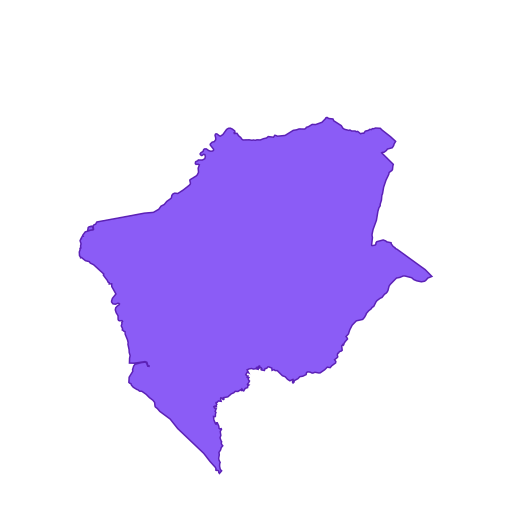 Balao, Guayas, Ecuador, rotated 315°
{"feature_id": "8360857B63754497407840", "entity_name": "Balao", "entity_type": "district", "adm_level": 2, "iso_a3": "ECU", "parent_name": "Ecuador", "parent_adm1": "Guayas", "projection": "mercator", "projection_center": [-79.769, -2.889], "detail": "fine", "context": "isolated", "style": "filled", "palette": "violet", "viewbox_px": 512, "rotation_deg": 315, "n_neighbors": 0, "source": "geoboundaries", "source_scale": "gbopen_adm2", "svg_char_len": 6105}
<svg xmlns="http://www.w3.org/2000/svg" viewBox="0 0 512 512"><g transform="rotate(315 256 256)"><path d="M162.1,119.5L160.0,122.3L159.1,122.3L157.2,120.8L152.3,118.2L148.2,118.8L147.8,119.0L147.7,119.7L147.1,119.3L145.5,119.6L144.8,120.3L144.3,120.0L142.4,120.8L140.9,123.7L139.1,124.8L137.8,126.5L137.0,126.1L136.0,127.2L133.9,128.2L131.4,131.0L131.2,132.5L130.7,133.2L131.5,133.6L132.1,138.7L134.1,142.1L133.8,143.8L135.0,147.3L135.6,161.1L134.5,161.6L133.6,168.1L132.9,170.0L133.3,171.2L132.4,172.0L134.3,173.6L132.4,175.6L130.1,183.8L124.5,184.4L122.0,185.7L121.3,186.5L121.0,188.7L122.5,190.7L124.9,191.7L125.6,192.7L125.6,193.4L124.8,193.7L122.4,193.3L120.2,193.4L118.4,194.6L117.0,197.3L116.2,200.7L113.7,203.3L113.3,204.3L113.6,205.2L115.5,206.9L115.4,207.9L114.1,208.1L113.2,209.2L111.3,210.1L110.4,212.8L109.1,213.8L109.5,214.6L109.3,215.4L109.9,216.9L108.2,218.8L105.8,224.5L104.3,226.9L103.0,227.9L100.0,232.5L98.1,234.6L96.6,237.4L94.3,238.9L90.8,242.2L94.0,245.6L102.9,252.2L103.7,254.0L102.0,257.2L102.7,258.0L102.3,258.4L101.5,257.4L102.9,254.2L102.7,252.8L99.6,250.4L93.9,247.0L91.7,247.3L88.3,249.1L87.4,250.4L80.6,252.0L76.7,255.5L76.8,256.8L77.3,257.8L76.6,259.3L76.4,262.0L77.4,266.2L77.9,267.1L78.1,269.2L79.6,270.9L80.5,276.0L80.5,280.8L81.1,285.1L80.8,287.8L78.4,290.8L78.1,291.6L78.4,294.1L78.1,297.9L80.0,310.6L78.6,322.7L79.5,358.6L78.2,368.7L77.8,376.7L77.3,378.1L76.2,379.0L76.5,379.8L77.4,380.6L77.6,381.7L76.6,382.7L76.4,383.9L79.8,383.6L79.8,382.0L80.2,381.0L81.7,378.8L83.6,377.1L84.6,376.7L85.7,373.8L86.6,372.6L89.5,370.6L90.9,368.7L93.8,368.1L96.0,366.9L98.3,366.7L98.5,364.9L99.1,363.8L100.4,363.0L100.6,362.0L102.0,359.1L104.3,358.0L106.6,354.8L109.1,354.1L109.3,353.4L108.2,352.8L108.1,351.6L109.4,350.0L110.7,346.5L110.1,346.0L108.9,346.7L108.7,346.1L110.3,342.1L112.5,339.4L113.3,340.6L114.0,340.6L115.6,339.0L117.1,338.3L117.2,337.0L119.7,335.9L119.3,335.6L119.2,333.9L119.7,332.7L120.8,333.1L120.9,334.4L121.4,334.7L122.2,333.5L123.4,333.2L123.7,331.7L124.2,331.4L125.1,332.0L126.9,331.9L128.6,334.1L129.7,332.2L130.7,331.4L131.4,332.1L131.2,334.0L131.6,334.6L132.2,334.5L132.9,333.2L136.5,335.7L141.2,336.0L143.5,337.0L145.6,337.0L147.4,339.0L150.7,339.8L150.8,340.5L150.2,341.4L151.5,340.1L152.0,340.0L151.6,342.0L151.9,342.7L154.8,342.0L157.0,343.1L158.2,342.1L159.8,342.2L159.1,340.8L159.3,340.6L161.2,340.4L163.0,339.8L163.0,338.5L163.7,337.2L165.0,336.9L164.1,335.6L165.4,335.2L164.8,334.5L164.9,332.7L167.7,331.9L168.2,333.4L169.2,330.2L171.2,330.9L173.3,332.4L174.2,334.1L176.2,335.6L177.4,337.7L178.1,337.2L177.8,335.3L178.4,335.6L178.8,336.5L180.0,335.9L180.6,336.1L180.7,336.7L179.1,337.6L180.6,338.5L180.5,339.6L179.4,339.8L179.2,340.3L181.0,342.9L182.9,342.0L184.1,343.0L185.8,342.8L186.6,343.3L187.9,346.4L186.5,348.2L188.4,349.0L188.5,350.5L190.0,352.1L190.0,359.3L191.3,362.1L191.1,365.4L191.7,368.2L194.9,369.4L194.5,370.2L192.7,370.8L192.4,372.0L193.5,372.1L195.0,371.2L198.9,372.4L201.6,372.3L204.1,374.1L207.6,375.3L209.2,374.2L210.2,374.3L211.2,375.1L212.4,376.8L212.6,377.9L213.4,379.0L215.5,379.9L217.7,383.1L218.7,384.0L224.1,385.0L227.8,385.0L229.5,387.4L232.0,387.2L236.7,387.9L237.9,387.0L238.2,384.9L242.0,385.3L242.7,384.9L243.4,383.6L244.9,382.6L245.7,383.0L247.4,382.6L249.0,383.5L250.3,383.6L253.0,380.2L254.8,380.0L254.6,380.8L255.2,380.8L256.6,380.0L258.7,379.6L262.0,379.4L262.4,378.8L262.7,376.6L266.2,376.5L270.1,374.5L275.1,372.9L281.1,372.8L286.6,376.3L289.3,376.1L292.5,375.2L293.2,374.7L296.9,374.4L300.4,374.8L301.6,374.4L303.6,374.9L308.4,373.3L310.1,373.1L314.0,373.7L315.8,374.4L319.8,373.9L321.7,374.3L323.3,374.2L324.9,373.7L328.8,371.4L330.7,371.0L339.7,370.9L342.5,372.8L345.9,374.2L347.2,375.5L350.7,381.4L350.9,384.3L352.1,387.2L354.7,391.2L357.3,393.0L358.7,393.3L361.9,393.1L365.9,394.8L366.0,385.4L360.5,351.0L359.8,349.1L360.2,348.5L359.7,346.3L360.2,343.1L360.9,342.1L358.5,338.5L358.4,337.1L357.3,334.6L351.6,331.3L350.4,331.4L348.8,332.5L347.7,332.4L345.6,330.9L345.3,330.4L345.6,329.9L351.4,325.3L352.6,323.5L353.6,322.6L357.6,320.0L366.4,315.9L373.8,310.6L377.1,308.8L379.3,308.3L380.4,307.2L384.2,305.2L388.0,302.0L389.4,301.5L394.9,297.6L401.5,294.3L407.5,292.2L409.2,291.1L412.6,291.6L413.6,291.4L416.6,289.0L417.9,288.3L417.8,271.9L418.5,272.0L420.0,273.2L422.9,273.6L424.5,273.3L428.9,275.8L431.3,275.3L433.0,274.4L435.8,273.7L435.5,266.8L434.2,256.1L434.2,253.6L431.0,250.0L429.2,249.2L428.3,248.2L427.0,248.2L425.9,246.8L424.4,246.7L421.6,245.0L419.0,245.4L417.8,244.2L416.4,243.5L416.0,239.8L414.7,238.9L414.5,237.7L412.0,235.2L411.5,233.3L410.5,232.9L408.2,229.0L407.8,227.1L408.5,224.1L406.6,215.4L407.3,213.5L404.7,210.2L404.2,208.2L403.1,207.7L402.5,208.0L397.2,208.1L391.1,205.2L388.8,202.7L384.4,201.6L382.6,200.6L381.5,200.9L380.1,200.6L376.3,196.6L373.8,195.4L371.2,193.5L361.8,191.3L355.9,186.5L355.2,184.7L354.6,183.9L352.4,184.4L349.1,180.2L346.9,180.0L344.2,178.3L341.1,177.0L338.8,174.5L337.3,173.7L336.1,172.0L335.0,171.4L333.4,169.1L328.9,164.8L328.6,163.6L329.0,161.3L328.7,158.8L329.3,155.8L327.3,154.1L327.6,153.4L328.7,153.5L329.4,152.5L329.0,149.4L328.2,147.4L326.8,146.2L324.7,145.7L318.5,146.7L315.6,146.1L315.1,145.1L314.7,142.1L314.1,141.3L313.3,141.2L312.3,141.8L311.0,144.0L309.7,145.3L307.3,145.6L305.5,144.5L302.9,144.5L302.2,145.0L302.0,146.2L301.5,150.5L300.7,151.2L299.6,151.1L298.1,150.0L297.1,148.0L296.6,145.1L295.2,143.8L294.1,143.8L292.5,144.6L290.1,144.0L288.6,144.3L288.3,145.3L288.7,146.7L291.0,147.1L291.5,148.1L290.5,149.9L288.6,151.0L285.9,150.2L283.1,147.3L282.2,147.5L280.2,146.7L279.6,146.8L278.4,147.8L278.4,148.8L280.1,150.4L280.4,151.5L277.2,153.0L274.5,156.2L271.8,157.1L270.3,157.1L263.3,155.4L262.6,155.8L261.2,158.1L260.3,158.7L259.0,158.8L251.4,157.9L244.9,156.5L243.0,154.1L241.3,153.4L239.4,153.6L237.4,155.0L236.3,155.1L231.5,154.3L227.6,154.7L224.1,153.6L220.3,154.2L214.3,152.6L207.4,146.8L168.4,120.0L167.4,119.4L165.1,120.1L163.5,119.4L162.1,119.5ZM160.1,117.8L160.6,119.1L158.9,117.4L157.5,117.2L154.8,119.1L158.8,121.7L160.0,121.9L160.6,120.5L161.5,119.5L160.1,117.8Z" fill="#8b5cf6" stroke="#5b21b6" stroke-width="1.5"/></g></svg>